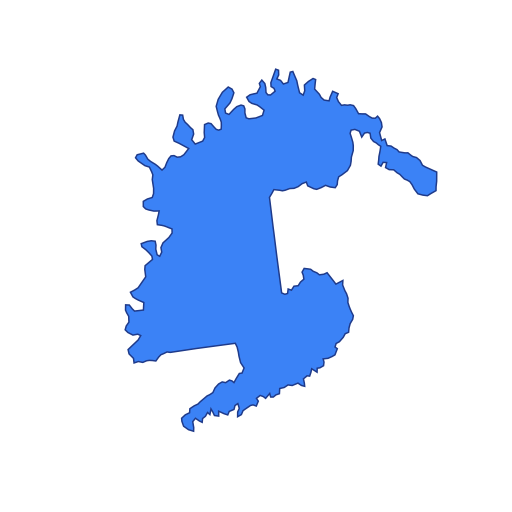 Barbosa Ferraz, Paraná, Brazil, rotated 200°
{"feature_id": "56859067B3307529772083", "entity_name": "Barbosa Ferraz", "entity_type": "district", "adm_level": 2, "iso_a3": "BRA", "parent_name": "Brazil", "parent_adm1": "Paraná", "projection": "equal_earth", "projection_center": [-52.053, -24.072], "detail": "fine", "context": "isolated", "style": "filled", "palette": "blue", "viewbox_px": 512, "rotation_deg": 200, "n_neighbors": 0, "source": "geoboundaries", "source_scale": "gbopen_adm2", "svg_char_len": 5459}
<svg xmlns="http://www.w3.org/2000/svg" viewBox="0 0 512 512"><g transform="rotate(200 256 256)"><path d="M334.0,113.8L330.5,116.6L326.0,117.3L322.9,120.2L320.4,121.5L317.4,122.4L314.2,123.1L312.9,127.7L311.6,130.7L309.5,132.6L306.8,135.4L303.6,136.1L280.4,148.7L245.6,166.9L242.6,164.0L239.7,159.6L237.7,156.0L234.0,150.5L228.9,146.7L229.1,141.2L231.5,139.9L232.7,134.1L233.4,129.5L235.9,130.4L238.5,130.3L241.2,126.6L244.7,126.1L247.4,122.9L249.4,118.0L249.8,112.9L252.1,109.8L254.1,107.8L256.2,104.1L258.6,99.9L259.9,97.0L262.8,94.1L265.9,89.9L264.8,86.0L268.1,82.6L270.4,78.1L269.1,75.3L265.8,71.3L260.0,69.7L254.7,70.0L255.8,73.4L258.8,78.7L257.4,82.8L252.7,81.6L249.7,81.3L250.6,85.0L248.7,88.1L248.0,92.4L245.1,91.2L246.0,96.9L243.1,94.5L240.5,91.9L236.3,92.8L238.0,97.4L232.2,96.9L228.2,97.0L228.0,100.8L224.2,104.3L224.6,108.3L222.6,111.1L219.6,107.1L219.9,103.2L218.3,98.7L215.5,102.0L215.3,106.2L213.6,108.7L210.0,113.7L207.8,115.1L204.4,115.1L204.2,120.4L206.9,122.4L204.4,126.4L201.0,126.4L198.3,125.5L196.1,131.5L194.0,128.5L191.5,129.4L189.7,132.4L186.9,134.6L188.4,139.6L184.5,142.1L181.8,145.8L177.7,146.7L173.1,150.9L169.1,149.9L165.7,150.2L167.1,153.1L169.4,156.8L167.0,160.9L164.5,161.5L164.6,165.4L165.1,169.1L158.9,167.7L160.1,171.5L157.7,172.8L155.0,176.0L155.8,179.5L157.7,182.3L153.3,184.5L150.1,187.6L148.0,190.1L147.9,196.7L150.6,197.5L150.8,201.2L148.3,204.0L146.2,209.5L145.6,213.5L142.9,216.0L144.0,220.2L144.4,224.6L143.5,229.6L144.1,233.2L147.0,235.9L149.4,238.4L151.3,240.6L153.8,243.8L155.1,247.8L158.0,251.5L160.7,253.9L164.7,258.4L166.0,262.7L171.3,256.9L174.7,259.1L183.5,264.6L186.0,262.1L190.0,260.0L193.0,261.0L197.0,261.2L200.1,262.2L202.6,261.7L206.5,260.8L207.2,256.6L205.0,254.1L203.1,250.6L205.3,246.7L206.2,242.5L210.0,240.6L211.0,236.0L214.5,236.0L213.5,231.6L215.8,229.9L219.3,230.1L236.8,263.7L247.2,284.0L249.3,288.0L263.4,315.7L262.5,320.3L261.9,324.5L256.2,325.9L253.5,326.3L251.2,327.7L247.4,330.9L243.4,332.6L240.1,335.6L237.4,339.8L234.0,342.7L231.4,339.6L224.6,339.0L221.8,339.4L218.2,342.5L214.8,346.2L209.9,346.2L204.9,347.3L204.1,350.9L205.1,354.5L205.4,358.7L202.9,361.9L199.3,367.5L198.3,373.5L199.0,377.4L200.2,381.6L200.7,388.3L202.3,392.9L203.9,396.0L207.0,400.2L209.5,403.4L209.7,406.8L206.4,408.8L201.5,408.6L197.3,403.9L196.1,408.6L193.6,410.2L190.8,410.4L188.4,406.0L184.7,403.8L181.7,403.4L179.0,402.4L176.3,401.8L175.3,396.9L174.5,391.6L173.5,388.0L172.6,384.1L169.3,383.2L168.6,387.5L165.2,388.5L164.5,383.4L160.4,382.7L156.1,384.1L151.9,382.5L148.7,381.9L145.9,380.5L142.9,379.1L139.8,379.0L136.9,378.5L133.8,376.4L130.1,373.0L125.1,369.8L120.0,370.3L115.5,371.3L113.1,374.4L109.2,379.0L110.5,382.7L111.8,388.0L114.9,396.7L127.2,397.6L130.6,398.2L134.5,401.8L138.8,403.4L142.8,403.1L145.4,403.8L148.5,404.9L151.5,403.8L157.1,402.7L159.9,404.2L163.1,404.6L166.7,405.5L170.5,404.6L174.9,410.1L177.4,407.5L182.1,414.2L181.7,420.4L183.8,424.3L186.9,427.4L189.6,429.0L191.0,426.3L193.9,425.3L197.2,425.8L201.6,427.0L205.0,425.8L208.3,424.8L212.8,428.7L215.8,430.7L219.2,430.3L221.5,429.0L224.5,428.3L227.2,426.8L231.3,429.2L234.4,432.5L234.3,436.6L240.3,437.0L240.7,430.6L240.4,426.8L245.3,425.8L249.1,427.3L251.8,429.7L258.0,432.9L259.4,438.3L260.3,442.2L263.1,442.3L266.4,438.0L269.0,433.2L266.7,427.9L266.7,423.3L270.9,424.3L275.2,430.7L277.6,434.6L282.1,439.4L284.5,442.0L286.7,440.5L285.3,430.0L289.1,427.0L293.0,429.4L297.0,429.5L296.6,433.9L298.4,438.3L301.4,438.3L301.3,423.9L299.8,420.4L296.4,419.7L294.4,417.4L297.4,412.3L300.0,411.5L302.5,413.0L304.5,417.7L306.7,421.1L310.7,423.3L311.9,419.3L309.8,416.6L310.8,409.3L313.4,407.7L316.7,405.5L319.1,402.0L315.4,398.8L312.2,398.0L306.6,398.3L303.7,397.6L298.3,395.8L298.0,390.3L300.6,388.0L303.4,385.6L309.6,382.5L312.5,382.5L315.4,386.7L316.7,390.4L318.9,392.9L321.7,392.7L325.1,389.8L327.1,386.2L329.8,379.8L333.5,379.9L335.6,383.6L332.8,390.9L332.4,395.6L332.6,401.8L335.6,404.6L339.9,405.3L343.6,398.3L345.1,390.3L344.6,383.0L341.5,378.4L339.5,375.6L336.6,372.6L334.4,369.9L333.2,366.8L332.1,363.3L334.1,361.5L336.7,361.4L339.5,362.8L343.5,365.0L346.4,364.6L349.3,361.9L346.9,354.3L344.8,349.8L345.4,345.7L351.4,340.4L356.2,343.3L356.3,349.3L358.5,353.1L361.6,354.3L365.3,356.2L368.4,357.5L370.9,359.5L373.1,363.3L375.8,362.6L375.2,355.3L374.6,351.1L375.3,345.7L374.7,339.3L372.2,336.0L366.8,335.6L356.0,334.0L358.4,326.5L360.8,323.4L363.8,321.9L367.4,322.3L370.1,321.0L371.3,317.7L371.8,313.2L371.9,308.2L373.7,304.6L379.1,306.8L381.9,307.7L387.4,308.8L390.8,310.0L394.4,313.0L396.8,314.2L402.3,310.5L402.8,307.1L399.2,305.0L391.3,302.9L386.6,303.1L382.9,299.5L380.7,297.0L379.6,292.3L375.3,284.5L373.6,279.6L373.5,275.5L377.6,272.4L380.6,268.8L378.8,263.9L375.7,262.5L372.4,262.6L367.3,263.3L362.4,265.2L361.8,261.3L361.2,255.3L359.4,251.7L355.0,252.6L352.4,252.9L344.2,252.7L342.7,248.9L344.2,243.5L347.9,236.5L348.2,231.4L345.9,227.4L346.4,222.8L349.3,223.3L352.5,228.1L353.7,232.0L355.8,235.4L359.6,234.5L363.2,232.5L368.1,228.3L366.4,225.7L361.4,224.1L357.7,222.4L353.8,220.3L352.1,217.4L356.9,209.0L355.9,205.3L352.5,198.7L355.9,185.8L358.4,182.5L361.6,179.0L357.7,175.5L354.9,174.8L351.4,174.3L345.5,173.9L343.3,166.7L351.3,162.7L354.2,164.0L358.3,166.6L361.8,165.5L360.1,160.5L358.1,158.4L355.0,155.8L352.8,150.4L354.0,145.8L353.7,141.9L350.2,140.3L344.6,139.6L340.4,142.1L337.1,141.8L338.0,136.8L342.0,128.8L344.2,124.3L341.8,120.6L336.1,117.9L334.0,113.8Z" fill="#3b82f6" stroke="#1e3a8a" stroke-width="1.5"/></g></svg>